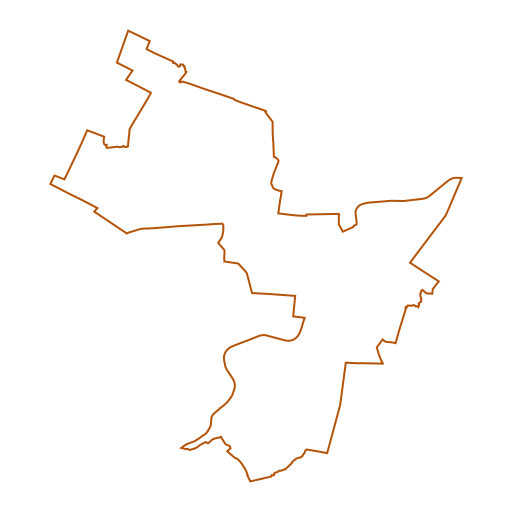 Cogealac, Constanta, Romania (Natural Earth projection)
{"feature_id": "2599482B50203536689618", "entity_name": "Cogealac", "entity_type": "district", "adm_level": 2, "iso_a3": "ROU", "parent_name": "Romania", "parent_adm1": "Constanta", "projection": "natural_earth1", "projection_center": [28.518, 44.563], "detail": "fine", "context": "isolated", "style": "outline", "palette": "amber", "viewbox_px": 512, "rotation_deg": 0, "n_neighbors": 0, "source": "geoboundaries", "source_scale": "gbopen_adm2", "svg_char_len": 5925}
<svg xmlns="http://www.w3.org/2000/svg" viewBox="0 0 512 512"><path d="M453.9,196.3L459.3,183.7L461.6,178.1L457.5,177.8L456.4,177.8L455.5,177.8L454.7,177.9L452.9,178.2L451.9,178.6L450.5,179.2L449.3,179.9L447.2,181.5L428.9,196.4L427.9,197.0L426.7,197.6L425.7,198.1L424.3,198.5L422.0,198.9L404.5,200.9L402.8,201.0L391.1,200.8L370.1,202.5L368.2,202.7L366.7,203.0L364.3,203.5L362.4,204.1L361.1,204.6L360.2,205.0L359.3,205.6L358.5,206.3L357.9,206.9L357.1,207.9L356.4,209.0L356.1,209.8L355.7,210.7L355.6,211.7L355.5,213.1L356.1,218.0L356.6,221.9L356.6,222.9L356.4,224.6L356.0,224.8L353.8,225.7L353.7,225.8L353.3,227.0L342.8,231.6L338.8,224.3L338.9,213.9L306.4,214.5L306.4,215.8L305.9,215.9L299.9,215.7L294.2,215.3L278.3,213.4L280.3,198.9L280.6,198.2L280.8,197.1L281.6,191.1L280.0,191.0L279.6,190.9L274.7,189.1L273.9,188.6L273.4,188.1L272.9,187.3L271.3,183.7L271.3,183.1L271.3,182.2L271.4,181.5L273.8,173.2L278.3,162.0L278.5,161.1L278.5,160.5L277.6,159.2L276.0,157.8L275.0,157.2L273.9,157.0L273.3,142.0L273.2,141.6L272.7,133.7L272.6,121.9L270.2,118.5L267.6,115.2L265.4,112.1L265.2,111.6L265.9,111.2L265.6,110.9L260.3,109.0L250.6,105.8L246.3,104.2L242.5,102.9L236.6,100.7L235.3,100.2L234.2,99.6L234.0,99.2L234.0,98.8L233.9,98.7L233.1,98.6L230.2,97.6L207.6,90.0L203.4,88.6L191.0,84.2L187.9,83.2L183.1,81.8L182.4,81.7L181.5,81.7L180.8,82.3L179.9,82.4L179.2,81.6L179.2,81.3L179.3,81.0L180.9,79.0L184.5,74.7L186.4,72.0L185.8,71.7L185.4,70.9L185.4,70.5L185.3,70.0L185.2,69.4L185.0,68.6L185.0,68.0L184.4,67.4L184.3,66.9L184.5,66.3L184.5,66.2L183.6,65.9L183.5,65.6L183.2,64.7L182.7,64.5L181.8,64.6L181.1,64.5L180.8,64.4L180.4,64.4L179.9,66.2L179.1,66.7L178.7,66.8L178.2,66.6L177.2,65.1L176.2,64.3L175.3,63.2L173.1,62.9L173.4,61.6L168.4,59.4L154.8,53.3L146.6,49.1L148.0,45.4L149.4,42.1L149.8,41.3L149.8,41.1L128.2,30.7L116.9,62.6L132.5,70.5L126.1,79.9L141.8,88.0L142.5,88.3L142.7,88.6L143.2,88.7L146.8,90.6L148.0,91.3L150.5,92.5L150.8,92.7L150.9,92.9L150.9,93.1L146.2,101.3L135.4,119.3L134.8,120.2L133.5,122.3L129.8,128.8L129.6,129.4L129.4,131.3L129.3,133.7L128.8,137.4L127.9,146.4L126.7,147.0L126.0,147.1L125.2,146.9L123.6,146.0L123.3,145.9L122.9,146.5L122.7,146.8L121.3,146.8L119.6,147.2L117.2,146.6L114.1,147.2L112.9,147.2L107.9,147.9L107.4,147.9L106.5,147.7L106.3,147.4L106.4,146.7L106.7,145.2L106.7,144.8L105.5,145.1L105.0,144.9L104.3,144.2L103.7,142.4L103.6,141.6L103.7,139.7L104.1,137.4L104.1,136.7L87.2,130.3L82.3,141.6L77.3,152.5L70.0,167.8L64.4,179.4L54.5,175.5L53.5,177.5L50.4,184.0L68.1,193.2L83.0,200.5L97.4,208.1L94.3,211.7L126.3,233.1L126.5,233.5L129.6,232.2L130.2,232.1L140.7,228.9L142.5,228.7L145.3,228.5L146.5,228.6L158.8,227.8L177.1,226.3L177.9,226.2L206.7,224.6L214.4,224.0L220.3,223.8L221.8,223.8L222.2,223.6L222.7,224.1L223.0,224.5L223.2,225.0L223.3,225.5L223.3,230.6L223.2,231.5L222.1,236.9L222.0,237.2L218.3,242.8L219.0,243.8L224.3,250.0L224.5,250.9L224.5,251.4L224.5,253.0L224.1,259.4L224.3,259.8L224.5,260.3L224.6,260.6L224.5,261.2L224.4,261.5L225.3,261.6L238.2,263.5L244.4,270.2L246.2,272.1L246.5,272.6L247.0,273.9L252.0,292.9L252.3,293.3L253.1,293.1L256.8,293.3L269.3,294.0L295.2,295.9L293.2,316.4L304.6,317.8L302.1,325.9L300.5,330.9L299.7,332.7L298.8,334.5L297.9,335.9L296.6,337.3L295.4,338.4L293.9,339.4L292.3,340.1L290.4,340.6L288.7,340.8L287.7,340.8L285.0,340.4L265.6,335.2L262.9,335.1L261.4,335.3L259.6,335.7L247.7,340.4L234.0,345.6L230.8,347.0L229.5,347.8L228.1,348.9L227.1,349.9L226.1,351.2L225.2,352.7L224.8,353.6L224.1,355.7L223.9,358.0L224.0,359.1L224.3,361.3L225.2,365.7L225.4,366.8L225.9,367.8L227.0,370.0L232.9,378.9L233.5,380.1L234.0,381.2L234.4,382.6L234.7,383.7L234.8,384.7L234.8,386.3L234.8,387.0L234.6,387.9L234.3,389.2L232.3,395.0L231.5,396.4L229.9,398.8L227.4,402.0L226.4,403.0L224.4,404.8L221.8,406.9L220.2,408.1L218.8,409.5L214.4,413.2L213.1,414.5L212.8,414.9L212.2,415.9L211.9,416.4L211.6,417.2L211.4,418.2L210.9,424.0L210.7,425.4L210.4,426.2L209.9,427.4L208.5,429.9L207.7,431.2L207.3,431.9L205.9,433.5L205.3,434.0L202.8,435.7L198.1,439.0L195.0,441.0L194.6,441.2L193.1,441.8L187.8,443.7L186.4,444.3L185.3,445.0L181.3,447.9L185.3,449.0L186.3,449.1L187.0,448.8L187.3,448.9L189.7,449.9L190.4,449.8L192.1,449.2L194.0,448.7L195.6,448.1L196.5,447.6L199.9,445.1L203.5,443.2L205.5,442.1L206.0,442.2L207.4,443.0L208.1,443.2L208.4,443.2L211.9,439.9L212.9,439.2L215.9,438.2L217.5,437.9L220.5,437.1L221.0,436.9L221.1,437.2L225.5,444.2L229.6,446.0L230.5,448.4L227.2,451.3L234.9,457.9L235.0,457.8L237.6,459.0L240.7,462.3L245.4,469.3L247.7,475.0L247.3,475.3L247.9,476.6L248.2,477.1L250.3,481.3L250.6,481.2L250.7,481.3L271.3,476.5L271.7,475.1L273.9,475.3L274.0,474.8L274.0,474.4L274.2,474.0L274.1,473.7L274.4,473.4L274.5,473.2L274.6,472.8L275.3,472.6L276.1,472.5L277.4,472.1L278.7,471.0L279.4,470.7L281.1,470.7L283.0,470.1L283.8,469.5L284.1,469.4L285.0,469.5L291.9,463.1L292.1,462.1L295.1,459.5L296.4,458.6L298.4,457.8L300.4,457.5L300.9,457.4L301.2,456.8L302.5,456.0L303.0,454.8L303.6,454.1L304.0,453.4L304.6,452.9L305.2,450.8L306.3,449.9L306.5,449.5L317.3,451.3L327.2,453.1L340.2,404.9L340.3,404.1L345.8,362.7L358.6,363.3L359.1,363.3L359.4,363.2L361.9,363.2L382.8,363.6L382.6,363.0L381.7,361.4L380.6,359.0L378.7,354.0L376.8,347.4L382.6,339.5L384.7,341.2L385.8,341.7L386.4,341.9L388.7,342.1L392.0,342.4L394.1,342.8L395.5,343.2L395.8,342.4L396.8,338.7L399.2,330.3L403.0,317.9L405.4,310.5L405.6,309.6L405.7,308.6L405.5,307.4L406.2,307.3L406.5,307.7L406.8,307.4L406.4,306.7L408.0,305.4L408.5,305.7L410.7,305.6L412.4,305.7L412.9,305.3L413.5,305.1L414.6,305.3L414.9,305.6L415.3,306.3L416.3,306.1L417.3,306.3L418.3,307.2L419.1,304.8L418.7,303.9L418.9,303.1L420.8,302.0L420.9,301.6L421.3,301.3L421.0,299.6L421.2,298.1L420.3,295.8L420.2,293.7L420.7,293.2L420.9,292.5L421.0,291.6L421.4,290.8L422.2,289.9L423.7,291.0L424.5,291.7L426.8,293.4L432.3,293.7L432.7,289.2L436.3,284.5L438.8,281.4L421.8,270.4L410.0,262.7L432.5,232.9L445.7,215.5L449.7,206.4L453.9,196.3Z" fill="none" stroke="#b45309" stroke-width="2"/></svg>